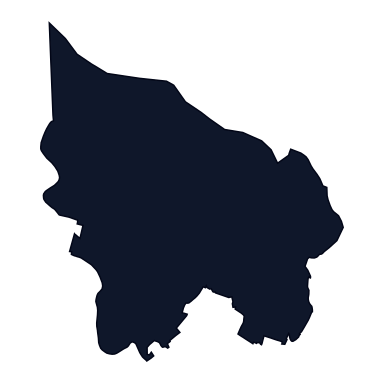 Dan Phuong, Ha Noi, Vietnam
{"feature_id": "81297802B64128830492510", "entity_name": "Dan Phuong", "entity_type": "district", "adm_level": 2, "iso_a3": "VNM", "parent_name": "Vietnam", "parent_adm1": "Ha Noi", "projection": "natural_earth1", "projection_center": [105.68, 21.121], "detail": "fine", "context": "isolated", "style": "filled", "palette": "ink", "viewbox_px": 384, "rotation_deg": 0, "n_neighbors": 0, "source": "geoboundaries", "source_scale": "gbopen_adm2", "svg_char_len": 4381}
<svg xmlns="http://www.w3.org/2000/svg" viewBox="0 0 384 384"><path d="M336.9,240.6L343.2,227.4L341.4,221.3L338.5,215.7L333.6,211.7L332.0,209.7L330.1,205.6L328.0,199.7L327.1,195.7L326.8,187.4L322.9,185.9L320.6,180.5L319.8,178.7L317.1,174.5L312.8,168.7L311.1,165.9L308.1,159.7L306.1,156.9L304.1,155.3L300.9,153.1L296.2,151.3L290.7,149.2L289.2,153.3L288.7,155.3L277.6,163.2L271.1,149.8L261.7,140.9L249.5,135.5L242.8,132.5L224.6,129.5L209.2,118.7L201.4,112.6L185.4,101.8L173.7,85.2L166.5,81.2L158.8,80.4L139.3,78.3L125.8,76.3L116.5,74.9L107.1,73.5L98.5,68.2L91.3,63.9L77.0,54.2L65.4,38.6L49.3,23.0L53.0,115.4L53.5,120.9L51.9,121.4L50.8,122.2L49.7,123.6L48.6,125.4L46.6,128.9L45.0,132.3L43.4,136.2L41.6,141.5L41.2,142.5L40.8,146.7L40.8,148.9L41.4,150.6L43.3,153.5L46.8,158.1L51.0,162.0L51.6,162.5L54.9,166.5L57.8,171.1L59.2,175.2L59.6,177.6L59.2,179.6L58.3,181.5L56.7,183.2L54.4,185.4L50.5,187.8L46.7,190.4L45.3,191.5L43.7,193.9L43.4,195.4L43.6,198.1L44.0,199.5L45.8,202.2L50.0,205.9L52.2,207.7L54.6,209.2L56.7,211.7L59.1,214.8L59.8,215.1L68.8,217.1L77.7,220.2L77.6,221.6L77.6,222.2L77.2,223.9L83.0,225.4L80.4,236.6L80.0,238.4L78.7,237.4L76.2,235.3L75.7,234.8L75.4,234.6L74.8,234.2L74.5,233.8L69.6,251.5L71.7,251.8L71.4,254.4L72.9,255.1L73.6,255.4L74.2,255.7L75.8,256.1L77.1,256.6L79.3,257.2L80.3,257.6L81.4,258.0L82.2,258.6L90.8,264.3L91.7,265.0L93.0,266.4L94.5,268.0L96.0,269.6L97.6,271.8L100.1,277.1L101.5,280.9L102.2,282.7L102.7,286.0L102.1,288.9L100.3,291.1L98.7,292.7L98.0,293.4L97.1,295.3L96.6,297.2L96.1,299.4L95.9,301.0L95.9,301.7L97.4,307.2L97.7,310.4L97.5,314.9L96.7,323.0L96.8,326.3L97.5,330.5L97.6,331.9L98.4,337.9L98.6,341.0L98.7,342.6L99.4,345.0L100.7,348.2L102.2,349.9L104.9,351.9L106.8,353.1L109.4,353.8L112.2,354.2L114.7,354.0L116.7,353.2L119.2,351.7L121.4,350.3L123.1,349.2L124.7,348.3L126.0,347.7L127.4,346.9L128.5,345.7L129.2,344.5L130.3,342.9L130.9,342.6L131.7,342.0L132.4,341.9L133.8,342.3L134.6,342.8L135.3,343.2L136.1,344.2L137.1,346.5L138.3,349.2L139.7,352.4L140.2,353.3L141.2,354.9L142.5,356.9L143.3,357.7L144.5,358.8L145.8,359.9L146.3,360.4L146.8,361.0L151.1,358.1L153.7,355.9L151.3,352.2L149.4,354.9L147.2,354.4L147.1,347.4L149.5,344.6L151.5,342.9L154.3,340.5L154.9,340.8L157.2,341.5L158.3,342.0L159.0,342.4L159.6,342.9L160.3,344.2L161.0,345.6L161.9,346.7L162.5,347.2L163.8,347.0L164.8,346.6L166.1,347.0L167.7,348.1L168.9,347.2L168.0,345.2L167.4,343.6L170.0,341.6L170.2,341.3L169.8,340.5L175.8,335.5L179.9,332.4L176.3,328.1L186.7,315.6L187.2,314.2L184.2,313.3L182.5,312.9L182.1,312.7L182.6,311.1L183.4,308.0L184.7,304.9L185.9,303.1L187.9,303.1L188.9,302.9L189.9,302.1L191.1,301.2L193.0,299.5L195.1,297.8L197.0,295.9L199.4,293.0L200.7,290.8L202.3,288.2L203.0,287.0L203.3,286.8L204.1,287.2L205.4,287.7L206.3,285.8L207.0,287.5L209.7,289.1L211.2,288.7L212.8,291.6L213.3,292.0L214.5,292.1L215.3,292.1L215.4,292.3L215.5,292.9L228.8,297.5L231.8,296.8L232.9,301.5L232.8,302.4L232.4,303.4L232.4,304.0L233.0,307.3L235.6,307.0L235.2,309.1L241.3,313.1L243.4,314.9L244.2,316.0L244.1,317.0L243.8,319.6L243.7,321.2L243.2,323.1L242.2,324.9L241.2,326.7L240.6,328.1L240.2,328.9L238.0,334.0L239.3,334.9L240.5,335.7L241.9,336.6L242.2,336.8L242.6,337.0L244.7,338.4L245.6,339.0L251.4,342.7L252.9,343.7L253.5,342.2L253.9,342.2L256.4,343.3L256.7,342.5L257.6,342.8L258.8,342.6L259.4,342.3L259.9,343.2L260.6,344.2L261.5,344.7L262.0,343.5L262.9,339.9L264.0,335.8L265.2,336.2L270.9,338.0L273.4,338.9L275.8,339.7L277.7,340.3L278.8,340.6L280.1,341.0L280.4,341.1L282.2,341.8L282.0,343.1L282.0,343.8L281.9,344.0L284.8,344.3L285.6,342.6L287.0,339.6L286.3,338.7L288.7,333.4L289.1,334.0L289.3,334.6L289.5,336.5L290.1,338.9L291.0,340.5L291.8,341.2L292.9,341.3L295.7,339.7L298.6,337.0L299.3,335.1L300.1,334.5L299.5,333.6L301.5,331.7L302.7,329.7L304.3,327.0L308.2,320.2L309.5,317.4L311.6,312.3L312.4,311.8L312.4,309.9L312.1,307.7L311.8,306.5L311.8,306.3L311.1,305.6L309.5,303.5L308.7,301.6L308.3,299.8L308.2,297.8L308.6,295.5L308.8,294.1L308.9,290.3L307.9,288.2L307.6,287.2L307.5,286.1L307.6,284.6L307.8,281.5L308.0,279.2L308.2,278.2L308.6,277.3L308.9,276.8L309.4,276.8L310.0,277.7L310.2,278.0L310.4,278.0L310.5,277.7L310.5,276.3L307.8,270.3L305.9,267.6L305.0,266.4L307.6,258.8L309.2,257.3L311.2,257.8L312.9,257.9L314.6,257.9L316.7,257.1L317.5,256.5L319.0,254.8L319.7,254.3L321.3,254.1L322.4,253.5L324.2,251.6L329.2,247.6L336.9,240.6Z" fill="#0f172a" stroke="#020617" stroke-width="1.5"/></svg>